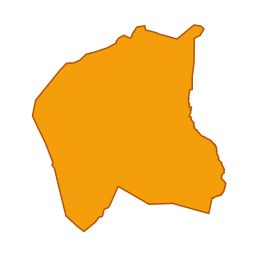 Ringebu nor, Oppland, Norway (Mercator projection), rotated 170°
{"feature_id": "86288312B31660011539204", "entity_name": "Ringebu nor", "entity_type": "district", "adm_level": 2, "iso_a3": "NOR", "parent_name": "Norway", "parent_adm1": "Oppland", "projection": "mercator", "projection_center": [10.18, 61.557], "detail": "fine", "context": "isolated", "style": "filled", "palette": "amber", "viewbox_px": 256, "rotation_deg": 170, "n_neighbors": 0, "source": "geoboundaries", "source_scale": "gbopen_adm2", "svg_char_len": 5060}
<svg xmlns="http://www.w3.org/2000/svg" viewBox="0 0 256 256"><g transform="rotate(170 128 128)"><path d="M93.8,225.9L97.6,225.8L97.6,225.7L98.0,225.7L98.4,225.7L99.0,225.7L99.8,226.2L100.7,225.8L100.8,225.9L102.2,225.5L102.4,225.3L103.3,224.2L103.5,224.1L103.8,223.6L103.8,223.1L105.4,222.2L105.8,221.5L106.1,221.3L106.4,220.9L106.8,220.5L107.0,220.2L107.7,219.3L108.0,218.8L108.1,218.3L108.3,217.9L109.8,216.2L110.4,216.4L112.9,217.7L114.1,218.6L115.7,220.0L117.5,219.5L118.9,219.1L120.4,218.6L120.7,218.5L121.1,218.4L121.3,218.3L121.3,218.2L121.5,218.2L121.7,217.9L122.1,217.6L123.7,216.1L123.9,215.9L124.2,215.8L124.4,215.5L124.6,215.0L124.7,214.5L124.8,214.4L124.8,214.1L125.1,213.6L134.5,210.5L136.9,210.2L148.0,208.5L152.2,208.3L153.9,208.0L155.4,208.1L156.0,208.1L163.5,203.2L166.0,202.5L169.6,201.6L172.5,201.6L172.8,201.8L173.2,201.8L173.2,202.0L173.3,202.1L173.7,202.0L174.0,202.1L174.4,202.0L174.7,202.1L175.3,202.1L176.4,202.3L176.6,202.2L177.0,202.1L177.4,202.1L177.5,202.2L177.7,201.8L177.8,201.9L177.8,202.0L185.6,196.2L214.1,171.4L220.0,156.4L217.4,147.1L216.7,144.2L214.5,136.7L211.9,127.6L207.9,106.7L209.3,104.6L207.5,101.0L205.5,69.5L204.3,52.1L194.5,39.4L189.4,33.8L176.0,41.2L175.8,41.4L175.5,42.1L174.7,42.8L174.3,43.1L174.1,43.3L173.7,43.5L173.6,43.9L173.1,44.3L173.0,44.6L172.7,45.0L172.1,45.2L171.7,45.1L170.5,45.3L170.1,45.1L169.7,45.2L168.9,45.4L168.4,45.7L168.2,46.0L167.9,46.6L167.8,47.2L167.4,48.5L167.1,48.9L166.6,49.5L166.4,50.6L166.1,51.3L165.7,51.7L165.3,51.9L165.0,52.1L164.9,52.3L164.4,52.3L163.7,52.6L163.0,52.5L162.7,52.6L161.3,53.1L160.5,53.7L159.9,54.4L159.7,54.5L147.9,72.2L133.1,59.9L120.6,49.3L97.1,46.0L63.3,29.8L57.3,44.6L57.1,44.6L56.6,44.3L56.2,44.2L55.8,44.2L55.6,44.3L55.2,44.3L55.1,44.6L55.0,44.8L54.7,45.1L54.1,45.2L53.7,45.4L53.3,45.3L52.9,45.2L52.4,45.2L52.2,45.1L51.8,45.5L51.3,45.8L50.8,45.5L50.1,45.4L49.8,45.4L49.6,45.5L49.2,45.5L48.7,45.8L48.5,46.0L48.3,45.8L48.0,45.8L47.9,45.8L47.6,46.1L47.4,46.3L47.5,46.5L47.4,46.6L46.5,47.1L46.5,47.3L46.5,47.6L46.4,47.7L45.9,47.8L45.4,48.2L45.2,48.5L44.8,48.8L44.5,49.3L44.5,49.6L44.3,49.9L44.1,50.3L43.7,50.6L43.5,50.9L43.5,51.2L43.5,51.6L43.4,51.7L43.3,52.1L43.3,52.5L43.1,52.7L42.9,52.8L42.6,53.0L42.4,53.4L42.2,53.6L42.2,53.8L42.1,54.1L42.1,54.3L42.1,54.9L41.9,55.1L41.8,55.4L41.8,55.7L41.7,55.8L41.3,56.2L41.7,56.8L41.7,57.4L41.8,57.6L42.2,58.0L42.4,58.6L42.7,59.0L42.9,59.5L43.0,59.7L43.3,59.9L44.0,60.9L44.2,61.2L44.2,61.6L44.7,62.3L44.8,62.5L44.7,62.9L44.4,63.1L44.3,64.2L44.2,64.3L43.7,64.5L43.6,65.0L43.0,65.8L42.7,66.4L42.3,66.7L41.3,67.0L41.1,67.2L41.1,67.4L41.1,67.7L40.9,68.1L40.8,69.0L40.7,69.2L40.8,69.7L40.6,69.9L40.5,70.2L40.2,70.4L40.2,70.6L40.3,70.7L40.6,70.8L40.8,71.0L40.9,71.4L40.9,71.7L40.9,71.8L40.7,72.3L40.7,72.5L41.0,72.8L41.2,73.0L41.4,73.9L41.6,74.7L41.8,75.0L42.0,75.7L41.8,76.1L41.9,76.6L41.8,77.0L42.2,77.2L42.3,77.3L42.1,77.8L42.2,78.1L42.5,78.2L42.9,78.8L43.3,79.4L43.8,80.4L43.9,80.5L44.5,80.9L44.5,81.1L44.5,81.3L44.3,81.5L44.2,81.5L44.0,81.9L44.0,82.2L44.0,82.6L43.9,82.9L43.9,83.3L44.0,83.5L44.1,84.2L44.2,84.8L44.3,85.2L44.3,85.5L44.9,86.6L45.0,87.0L44.9,87.8L44.8,88.2L44.8,88.5L45.0,88.9L45.0,89.1L44.9,89.2L44.6,89.6L44.4,90.0L44.5,90.4L44.5,90.7L44.4,90.9L44.4,91.1L44.6,91.5L44.4,92.7L44.4,93.3L44.2,93.7L44.2,93.9L44.3,94.0L44.9,94.0L44.9,94.3L45.0,94.5L45.3,94.8L45.3,95.1L45.0,95.6L45.0,95.9L45.0,96.2L45.1,96.3L45.7,96.6L45.8,96.7L45.8,96.8L45.8,97.4L46.0,97.6L46.5,97.7L46.6,97.8L46.6,98.0L46.7,98.4L46.7,98.5L47.2,98.9L47.5,99.3L47.6,99.6L47.7,100.0L47.8,100.4L48.1,100.9L48.4,101.2L48.8,101.5L49.3,102.0L49.9,102.4L50.9,103.1L51.4,103.7L51.7,103.7L52.4,104.3L53.2,104.8L53.5,105.3L54.8,106.4L54.9,106.5L55.8,106.7L56.0,106.8L56.9,107.6L57.1,108.0L57.7,108.4L57.9,108.7L58.2,109.7L58.3,109.8L58.6,110.2L58.7,110.6L59.3,111.2L59.5,111.6L60.1,112.1L60.1,112.4L60.1,112.6L60.1,112.8L60.3,113.0L60.4,113.3L60.2,113.7L60.2,113.8L61.2,114.4L61.6,114.5L61.8,114.8L62.0,115.8L62.3,116.1L62.3,116.5L62.5,116.8L62.8,117.0L62.7,117.3L62.3,118.5L62.5,118.9L62.5,119.1L62.6,119.3L62.6,119.5L62.8,119.8L62.9,120.1L62.9,120.3L62.7,120.7L62.5,120.9L62.3,121.2L62.2,121.6L62.3,122.0L63.0,122.3L63.1,122.9L63.2,123.1L63.3,123.3L63.3,123.5L63.5,123.7L63.6,124.1L64.0,124.3L64.1,124.5L64.1,125.0L64.2,125.4L64.2,126.0L64.2,126.5L64.3,126.7L64.4,126.9L64.3,127.1L64.1,127.4L64.0,127.6L64.0,127.8L64.7,128.4L65.0,128.4L65.4,128.6L65.5,128.7L65.5,128.8L65.7,129.0L65.8,129.1L64.8,130.4L63.5,132.5L63.3,133.0L63.3,133.3L63.4,134.0L63.6,134.4L63.2,134.9L63.2,135.2L63.2,135.4L62.3,135.3L62.0,137.6L64.1,138.1L64.0,138.8L63.6,139.5L63.5,140.3L63.4,140.5L63.3,140.8L63.3,141.3L63.7,141.3L63.6,141.5L63.7,141.8L63.8,142.1L63.9,142.3L63.8,142.5L63.9,142.8L63.9,143.0L63.9,143.3L63.9,143.5L63.7,144.1L63.6,144.3L63.6,144.5L63.6,144.9L63.5,145.0L63.4,145.2L63.3,145.4L63.2,145.7L63.0,146.2L63.1,146.3L63.0,146.6L63.4,146.7L60.5,154.8L58.1,154.8L55.8,167.5L51.6,181.2L47.2,204.7L40.7,206.8L36.0,212.4L38.5,215.7L45.1,218.0L64.3,207.1L82.1,215.6L83.5,216.9L93.7,221.5L93.8,225.9Z" fill="#f59e0b" stroke="#b45309" stroke-width="1.5"/></g></svg>